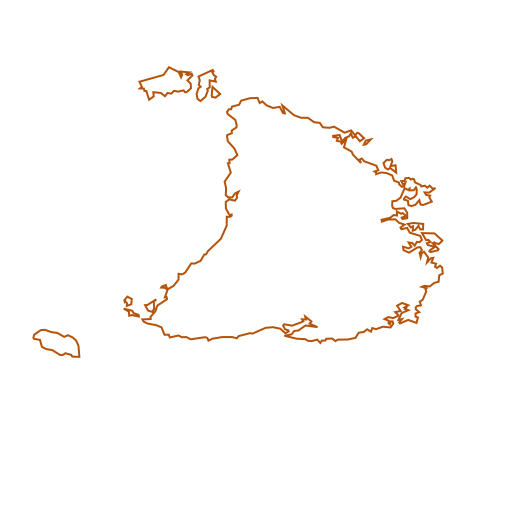 an SVG outline of Tasmania, rotated 290°
{"feature_id": "AUS-2660", "entity_name": "Tasmania", "entity_type": "State", "adm_level": 1, "iso_a3": "AUS", "parent_name": "Australia", "parent_adm1": "", "projection": "equal_earth", "projection_center": [146.795, -41.606], "detail": "fine", "context": "isolated", "style": "outline", "palette": "amber", "viewbox_px": 512, "rotation_deg": 290, "n_neighbors": 0, "source": "natural_earth", "source_scale": "10m", "svg_char_len": 6152}
<svg xmlns="http://www.w3.org/2000/svg" viewBox="0 0 512 512"><g transform="rotate(290 256 256)"><path d="M381.1,401.4L374.8,397.0L373.4,392.7L371.6,394.9L372.3,399.0L370.3,398.9L367.2,402.6L361.0,395.5L360.7,393.0L364.3,390.4L358.6,388.3L356.1,384.9L355.9,381.9L359.9,379.8L359.6,375.8L360.6,375.5L363.2,376.5L362.2,381.6L365.3,384.4L368.9,385.8L373.7,384.2L375.2,382.8L371.8,381.8L370.1,377.9L371.9,377.3L370.1,376.2L370.6,372.5L360.4,371.9L355.8,368.9L354.1,365.4L349.9,366.7L347.9,368.3L347.8,370.7L351.6,379.1L348.3,383.3L343.2,385.2L340.9,381.0L341.9,379.8L344.4,382.8L345.5,382.1L346.5,379.2L345.3,377.9L346.0,373.1L342.3,374.7L341.5,371.3L337.7,368.9L333.0,361.6L331.4,362.6L335.4,367.6L338.1,374.5L336.1,379.2L336.3,384.9L332.1,382.1L330.9,383.5L334.1,388.5L330.5,392.5L331.1,403.5L327.8,406.4L324.8,404.9L324.4,402.4L320.0,401.6L321.7,398.5L320.9,394.8L317.8,398.9L315.4,396.9L315.0,391.0L311.9,392.7L311.5,398.7L319.2,404.7L320.5,407.5L318.1,409.9L315.0,408.6L311.2,411.1L315.2,410.8L317.5,412.5L313.5,418.3L308.4,418.9L313.8,421.2L314.9,423.2L309.9,423.1L310.3,427.9L307.1,427.9L306.6,430.2L309.8,432.2L308.8,434.9L303.4,437.5L300.5,434.8L294.2,436.4L291.8,432.8L286.8,429.7L285.6,424.6L283.7,422.4L284.0,427.3L282.6,426.7L281.0,428.1L271.8,427.6L269.2,425.5L266.0,427.9L264.1,424.4L262.4,423.7L260.5,424.4L259.1,428.6L256.5,425.6L253.6,426.7L253.6,429.2L248.0,429.7L248.0,420.9L241.9,414.4L242.5,413.2L246.6,414.7L244.7,411.7L252.1,412.3L257.2,417.7L257.2,414.1L258.6,414.7L258.5,413.2L261.8,415.9L261.8,409.3L257.6,405.6L253.8,410.7L250.9,406.0L249.2,409.8L248.0,409.7L244.6,406.1L243.8,401.1L240.7,398.4L240.6,402.9L238.1,403.5L237.5,405.2L240.7,405.1L241.3,406.6L239.4,408.1L234.9,406.9L233.0,399.5L228.3,393.8L228.0,389.9L224.2,389.9L225.1,385.5L221.5,383.3L219.0,378.7L213.1,377.5L208.9,370.8L205.4,361.5L203.2,359.7L204.5,355.9L202.2,350.3L200.3,350.1L199.0,346.8L196.3,346.2L198.4,342.2L195.0,337.3L194.1,333.8L194.7,330.7L192.2,322.5L190.8,310.0L194.4,316.1L198.7,317.7L200.5,321.3L207.6,326.3L210.2,338.1L210.8,329.5L213.4,330.5L216.0,322.9L213.4,324.6L212.2,320.9L210.8,322.8L209.5,321.6L202.9,313.7L201.4,305.7L199.9,305.3L197.1,308.3L197.2,311.8L196.3,312.5L193.5,310.0L196.0,303.6L194.9,296.3L191.8,289.6L181.8,279.2L181.5,276.8L174.8,267.1L172.1,266.1L171.7,261.5L168.3,252.0L163.3,243.2L160.2,240.3L162.4,238.3L162.3,235.9L155.4,223.2L156.0,218.3L154.3,214.0L154.8,210.4L150.0,202.9L152.2,200.9L150.7,196.9L156.6,191.6L156.9,186.2L155.4,176.6L156.0,172.7L157.6,170.9L160.7,178.6L162.6,177.7L169.6,180.3L175.7,180.3L185.0,187.2L186.9,185.9L186.0,184.5L194.0,184.5L194.9,181.0L193.9,177.7L195.2,178.0L197.9,181.2L195.4,182.9L195.3,185.0L199.6,188.7L207.3,191.3L212.8,189.3L213.5,192.9L216.1,195.1L226.9,197.7L227.9,201.0L232.5,205.6L239.7,206.9L240.4,208.5L244.0,209.1L260.2,217.1L274.5,218.1L282.9,215.1L284.0,218.3L285.6,219.4L286.6,218.9L285.4,217.6L286.0,216.4L290.3,211.5L296.4,209.1L300.0,211.4L300.8,217.3L304.4,218.3L306.5,217.1L310.5,217.6L307.6,214.9L302.9,213.6L301.6,210.0L302.8,206.8L309.3,204.8L315.2,201.1L325.7,203.8L333.5,197.9L334.2,199.4L337.4,198.0L338.5,200.7L344.4,204.0L349.6,198.9L354.2,190.3L358.6,187.8L359.8,187.6L363.1,191.3L365.6,190.3L370.1,193.6L372.2,193.2L376.8,190.0L379.7,180.8L381.5,179.5L384.6,180.4L385.5,182.5L388.1,182.3L392.4,188.4L396.9,188.9L402.2,196.3L405.1,203.4L401.0,207.2L403.4,209.1L401.2,214.4L400.9,221.4L404.3,227.3L399.6,232.4L399.9,234.3L406.5,229.3L401.3,243.5L401.3,251.2L403.6,257.5L401.6,264.9L402.9,270.4L399.8,274.8L401.6,281.2L404.2,285.1L402.2,297.1L406.6,302.4L403.3,307.7L406.3,309.0L406.5,310.7L403.6,317.3L399.3,314.3L402.6,309.1L400.3,306.4L403.6,303.2L400.5,302.6L397.3,299.3L392.9,297.8L398.3,293.2L395.3,287.4L394.2,287.9L395.1,292.7L391.9,292.5L392.4,296.6L390.8,298.1L396.6,300.9L388.2,301.5L386.8,310.1L384.4,312.5L379.3,322.8L382.0,320.3L383.8,322.1L382.0,325.2L382.0,338.2L378.4,341.6L375.9,338.5L375.5,340.3L374.0,340.9L377.3,345.0L378.6,350.4L378.3,356.4L374.0,360.0L373.9,365.2L372.5,365.8L370.9,369.3L371.8,371.3L375.7,371.3L373.4,369.8L376.1,366.9L377.3,369.9L380.1,369.8L381.7,373.1L380.8,375.5L382.2,376.8L382.0,378.5L379.6,380.1L379.0,386.5L377.9,387.6L379.8,390.6L378.8,393.6L381.5,395.1L379.7,399.0L381.1,401.4ZM383.9,126.7L383.1,122.3L379.6,120.9L378.9,117.1L375.0,115.8L376.7,110.9L374.8,103.5L371.0,105.3L366.3,102.1L373.6,96.5L373.0,94.7L374.9,93.4L373.8,89.7L375.8,91.0L379.9,86.9L394.5,107.2L403.6,109.6L402.4,120.4L398.3,124.5L401.3,124.6L403.5,122.0L405.7,130.4L403.0,128.2L402.6,130.2L405.3,133.2L404.0,134.5L397.6,131.5L395.6,135.7L391.4,137.5L386.3,134.8L385.6,133.2L386.9,131.3L383.9,126.7ZM114.4,103.4L117.2,106.4L116.8,111.4L115.1,115.8L110.9,119.9L100.8,124.5L98.6,117.7L99.9,116.2L99.4,110.1L97.0,108.4L96.0,105.7L97.9,96.7L96.8,91.0L97.4,85.9L103.3,81.7L102.2,75.7L103.0,74.8L106.3,74.5L112.7,79.1L114.4,82.7L114.5,90.0L115.8,95.6L114.4,103.4ZM405.0,140.6L416.0,151.7L414.9,152.9L414.1,151.7L411.7,154.2L410.8,157.3L408.2,156.8L406.1,158.6L405.2,152.4L398.6,154.8L396.2,153.0L394.8,154.2L388.4,154.1L382.6,150.8L383.7,147.2L387.9,144.8L393.8,144.5L396.1,146.1L397.2,143.7L402.0,143.0L405.0,140.6ZM334.3,404.2L338.3,416.0L334.2,425.9L329.7,423.7L329.6,420.8L328.3,420.1L329.7,418.9L328.3,417.7L325.0,425.2L323.8,425.2L319.5,418.9L319.8,417.3L321.1,417.6L325.8,421.1L325.1,413.5L326.5,412.2L328.9,415.1L330.0,412.5L329.1,410.4L334.3,404.2ZM391.2,346.1L391.7,348.7L393.5,350.1L391.7,351.7L386.5,351.7L389.0,356.1L382.3,359.2L384.6,351.9L382.4,350.4L383.2,347.0L387.0,344.0L391.2,346.1ZM340.9,392.7L343.3,402.2L338.1,403.8L337.2,401.2L339.9,398.4L335.2,396.7L333.4,394.6L337.7,393.4L335.8,391.8L338.1,387.7L340.9,392.7ZM172.9,170.8L181.2,177.1L177.8,175.7L171.8,178.3L168.0,177.7L167.8,173.1L171.9,168.6L172.9,170.8ZM390.5,160.4L391.7,159.5L400.0,157.3L396.0,166.9L391.0,163.8L390.5,160.4ZM173.1,154.0L168.0,155.3L164.9,151.7L167.4,151.1L168.6,149.0L167.8,148.5L169.4,147.4L173.8,149.0L173.1,154.0ZM161.3,149.7L162.2,158.4L160.5,160.4L160.5,165.8L159.0,166.6L158.0,159.4L156.5,157.3L160.3,155.5L161.3,149.7ZM402.0,319.7L404.8,324.0L398.6,321.3L397.4,319.2L402.0,319.7Z" fill="none" stroke="#b45309" stroke-width="2"/></g></svg>